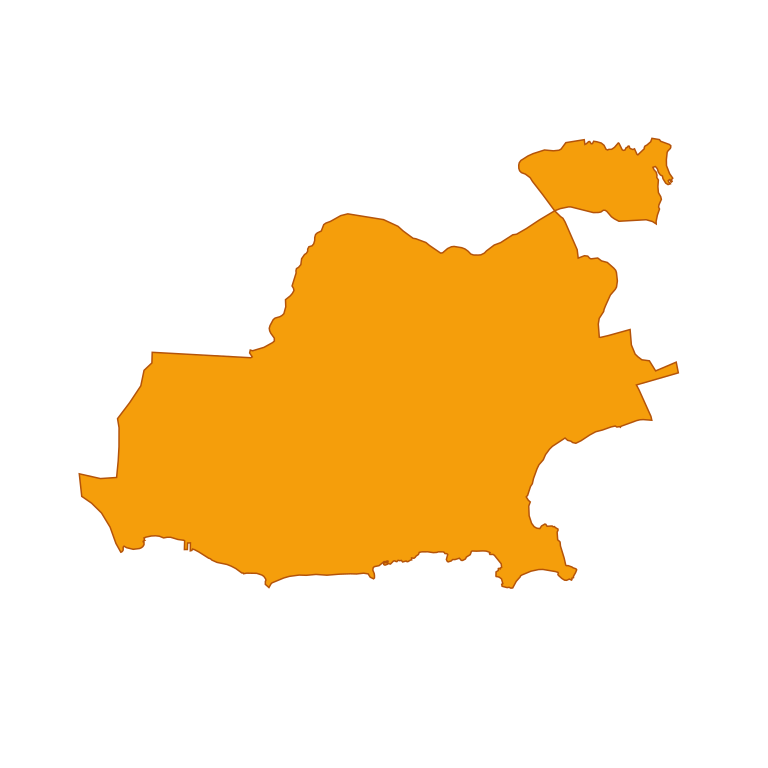 Cristo Rei, Dili, East Timor, rotated 173°
{"feature_id": "22284137B23086342577141", "entity_name": "Cristo Rei", "entity_type": "district", "adm_level": 2, "iso_a3": "TLS", "parent_name": "East Timor", "parent_adm1": "Dili", "projection": "orthographic", "projection_center": [125.629, -8.561], "detail": "fine", "context": "isolated", "style": "filled", "palette": "amber", "viewbox_px": 768, "rotation_deg": 173, "n_neighbors": 0, "source": "geoboundaries", "source_scale": "gbopen_adm2", "svg_char_len": 6119}
<svg xmlns="http://www.w3.org/2000/svg" viewBox="0 0 768 768"><g transform="rotate(173 384 384)"><path d="M193.5,535.1L210.0,527.8L223.8,520.9L234.2,516.5L238.0,516.4L251.0,510.1L257.7,508.5L266.1,503.6L268.4,501.7L272.1,500.4L274.8,500.5L279.3,501.1L282.0,502.4L284.4,505.6L287.2,508.2L290.2,509.8L297.7,512.0L300.4,512.0L304.4,510.7L309.8,507.1L311.8,507.0L322.0,516.0L325.1,519.3L334.7,524.3L337.4,525.1L346.3,533.5L350.9,538.8L364.4,547.2L399.2,557.3L406.4,556.4L417.4,551.9L422.1,550.8L424.4,549.5L427.6,543.5L431.8,542.1L433.7,540.7L434.9,537.8L435.3,534.9L436.7,531.7L438.6,529.9L441.8,529.4L443.3,527.2L443.6,525.0L445.2,523.1L447.1,522.2L450.5,518.4L452.0,512.6L454.6,510.2L456.8,509.2L457.6,507.1L457.7,504.9L463.3,492.5L462.2,490.1L462.0,487.7L464.0,485.0L466.3,482.9L471.5,479.7L472.1,472.6L474.8,466.0L476.8,464.5L479.1,463.5L484.1,462.7L486.1,461.4L490.0,455.9L491.1,453.3L491.0,450.7L490.2,448.2L487.3,442.9L487.6,440.0L489.5,438.7L498.7,435.0L510.4,433.0L512.6,434.0L513.6,431.2L511.5,427.0L513.0,426.3L610.2,443.7L611.8,433.2L620.5,426.8L625.6,411.8L638.7,396.5L652.7,382.1L652.3,372.9L654.7,353.9L657.2,340.0L660.8,323.8L677.0,324.7L697.4,332.0L697.7,309.3L688.8,301.4L680.1,290.4L673.3,275.3L669.5,258.4L665.7,249.1L664.8,249.3L663.7,250.2L663.1,251.1L662.8,253.8L661.8,254.7L659.4,252.9L653.1,250.5L646.7,250.5L644.7,251.1L643.2,252.0L641.8,253.7L641.5,256.2L642.2,256.6L642.2,257.2L640.5,257.9L641.1,258.4L640.6,259.5L641.0,260.4L639.2,261.0L633.5,261.5L629.3,261.2L625.5,260.3L621.5,258.1L618.0,258.3L614.5,257.9L607.5,254.8L601.8,253.3L601.0,252.7L602.3,244.0L599.3,243.7L598.3,250.1L595.5,249.9L596.6,242.0L595.0,242.2L594.2,243.5L592.3,242.7L588.3,239.9L579.3,232.5L577.6,231.7L576.3,230.2L571.5,227.3L561.8,224.0L557.8,221.8L553.6,218.9L548.2,213.8L546.8,213.5L546.5,212.8L543.3,213.0L533.4,211.6L528.5,209.3L526.7,207.7L525.2,204.8L525.1,203.6L525.8,202.6L526.2,199.6L523.0,196.0L520.5,199.4L519.3,200.3L507.1,203.7L501.4,204.6L491.5,204.7L484.5,203.6L474.7,203.3L464.0,201.2L451.7,200.7L440.4,199.7L434.5,198.8L427.3,198.7L422.9,197.5L421.2,193.9L418.1,191.9L417.1,192.7L416.8,194.8L416.8,197.0L417.8,200.7L417.1,203.0L415.8,203.9L411.0,204.3L405.5,207.8L404.3,207.2L403.3,207.9L402.6,207.3L401.9,207.9L401.5,207.6L401.7,206.8L402.4,206.2L405.1,206.6L406.3,205.9L406.3,204.9L405.1,204.1L402.7,204.6L401.7,205.2L399.5,204.5L396.2,207.1L394.8,207.2L394.3,206.6L392.9,206.1L391.5,207.3L389.9,206.7L388.3,206.8L387.2,205.1L383.6,205.6L382.8,204.8L381.8,204.8L378.9,206.1L378.0,206.0L377.8,208.0L375.5,207.4L374.2,208.1L373.1,209.3L370.6,210.6L369.5,212.6L367.0,212.8L360.9,212.1L355.6,210.6L352.2,210.4L350.5,210.8L345.9,210.2L344.8,209.6L344.2,208.3L342.3,207.9L341.5,207.1L343.5,202.2L342.8,200.2L342.0,199.6L338.8,200.2L337.3,201.4L334.9,201.1L330.4,201.9L328.8,199.5L327.4,199.3L324.5,200.4L323.3,202.2L319.2,204.1L317.7,207.1L316.8,207.5L312.5,206.8L306.2,206.3L303.0,205.7L300.7,204.6L299.3,203.7L300.0,202.7L299.6,201.9L296.5,201.5L295.3,200.5L289.6,191.3L289.6,187.7L290.5,187.4L291.3,186.3L292.1,187.1L293.0,186.9L293.3,185.0L295.7,183.8L296.3,179.7L296.1,179.2L294.7,178.9L293.0,178.1L291.1,176.2L290.4,171.3L291.6,170.9L291.4,168.8L286.6,166.9L284.7,167.0L282.9,165.9L281.1,165.9L276.8,172.0L272.3,176.0L271.8,177.0L270.2,177.7L260.9,180.3L253.1,181.0L248.9,180.6L236.6,176.9L234.3,175.8L234.0,175.1L234.6,173.9L234.3,172.9L231.2,169.3L228.7,167.3L226.7,166.9L223.8,167.8L221.8,166.5L221.3,166.9L221.2,168.3L219.5,168.7L219.4,170.0L216.8,173.5L215.4,176.1L216.0,177.2L218.7,178.5L219.8,179.5L223.4,181.3L225.1,181.5L225.7,182.1L226.4,189.2L228.6,201.7L228.5,205.2L228.7,206.1L230.6,208.2L230.2,215.9L229.1,217.6L229.0,218.8L231.5,220.7L232.2,221.7L233.6,221.7L234.3,222.5L235.7,222.7L239.5,222.9L240.5,225.0L241.4,225.4L244.9,223.9L247.0,221.5L250.0,222.3L252.4,224.1L254.5,227.8L256.0,235.5L255.2,245.2L253.2,249.1L254.9,251.0L256.6,254.6L255.0,256.0L251.1,264.4L248.9,267.0L247.1,272.0L242.4,281.3L240.0,285.0L235.1,289.4L232.3,294.2L227.6,299.2L224.5,301.6L210.9,308.3L208.6,305.7L205.5,304.5L203.9,302.9L200.8,301.8L195.3,303.7L186.1,308.3L179.7,310.8L172.8,311.7L163.9,313.7L159.6,314.1L158.1,312.9L155.6,313.0L154.6,312.3L154.4,312.9L153.3,313.3L137.7,316.9L134.3,317.3L131.1,317.1L122.6,315.4L123.0,319.4L124.5,324.2L131.7,347.4L133.6,352.3L90.5,359.2L91.3,370.1L112.8,363.9L117.8,374.7L125.1,376.6L128.7,380.1L131.1,383.1L133.7,392.6L133.1,408.1L155.8,404.7L163.3,403.9L164.6,404.2L164.0,417.4L162.4,422.9L157.2,429.1L156.4,431.4L154.4,435.0L148.5,444.7L142.9,449.8L141.4,451.9L139.8,457.8L139.7,466.2L140.2,468.6L141.8,471.0L147.5,477.4L153.1,479.7L156.5,483.0L163.3,483.0L164.6,483.8L166.2,486.1L169.4,486.9L175.9,485.3L175.9,493.8L184.5,522.7L186.2,526.7L188.3,528.6L193.5,535.1ZM193.5,535.1L187.7,536.6L179.3,537.3L177.0,537.0L155.3,528.6L150.1,528.1L147.7,528.3L145.2,529.7L143.4,529.5L141.8,528.2L137.9,522.3L135.3,519.9L131.0,516.9L103.8,515.1L97.8,512.6L94.3,509.7L94.1,512.2L92.1,518.2L89.2,524.1L89.9,526.1L89.2,528.4L86.2,533.4L86.5,536.2L88.3,540.5L88.1,546.5L86.8,553.0L88.1,555.8L87.6,558.0L88.1,561.2L89.9,563.8L90.7,566.3L88.2,566.8L87.4,565.8L86.4,564.1L85.9,560.8L84.2,557.8L82.3,556.5L82.1,553.8L79.9,549.0L77.8,547.3L75.4,547.8L76.9,550.0L77.1,551.3L75.4,552.1L74.4,549.3L73.3,550.0L73.9,551.6L72.3,553.1L74.9,558.0L77.0,566.3L76.4,572.2L74.7,579.5L73.6,580.9L71.1,582.9L70.6,583.8L70.3,585.6L71.6,587.0L79.8,591.2L80.8,593.0L88.1,595.2L89.8,591.9L94.0,589.1L95.9,588.4L96.8,587.2L97.0,585.8L104.1,580.5L104.9,581.1L106.7,586.9L108.4,586.4L110.7,587.6L111.4,588.4L111.6,590.1L112.6,590.4L113.8,589.2L114.8,589.1L116.4,586.8L117.9,586.7L119.0,587.4L121.4,594.2L122.1,594.7L126.4,590.8L127.9,590.0L129.6,589.2L132.3,589.5L133.5,589.0L135.0,589.9L136.5,594.1L139.0,596.7L143.2,598.5L146.3,599.4L147.8,597.2L149.1,597.2L150.3,599.6L151.4,599.6L153.9,597.8L155.4,597.3L155.5,602.1L174.1,601.4L179.6,595.6L181.8,594.7L187.4,594.8L196.2,596.7L207.9,594.5L213.3,592.8L220.9,589.2L222.8,587.1L223.6,584.8L223.9,581.6L223.4,579.1L221.9,577.1L218.1,575.1L213.8,571.0L211.9,566.9L203.2,552.3L193.5,535.1Z" fill="#f59e0b" stroke="#b45309" stroke-width="1.5"/></g></svg>